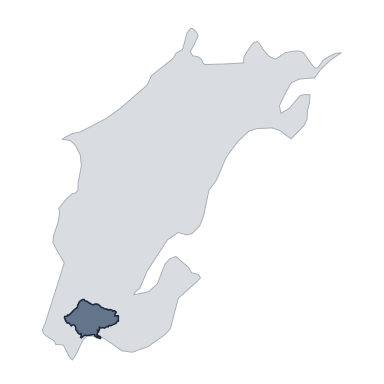 Liberia, Guanacaste, Costa Rica (highlighted), rotated 268°
{"feature_id": "36466004B57161008538161", "entity_name": "Liberia", "entity_type": "district", "adm_level": 2, "iso_a3": "CRI", "parent_name": "Costa Rica", "parent_adm1": "Guanacaste", "projection": "albers", "projection_center": [-85.52, 10.692], "detail": "fine", "context": "in_parent", "style": "filled", "palette": "slate", "viewbox_px": 384, "rotation_deg": 268, "n_neighbors": 0, "source": "geoboundaries", "source_scale": "gbopen_adm2", "svg_char_len": 6345}
<svg xmlns="http://www.w3.org/2000/svg" viewBox="0 0 384 384"><g transform="rotate(268 192 192)"><path d="M355.7,196.5L355.1,198.3L353.5,200.3L351.1,202.3L347.9,203.6L340.1,199.7L332.4,195.2L328.2,197.3L326.7,203.2L323.9,206.3L320.4,207.5L318.9,209.5L318.8,229.4L319.2,248.1L325.0,248.5L334.7,254.9L338.8,258.7L340.2,262.2L339.0,264.0L332.0,268.1L325.2,273.4L321.8,279.8L327.9,290.2L329.2,297.3L329.1,304.7L327.4,308.2L314.2,316.9L311.3,319.9L311.7,322.0L319.1,327.8L322.6,333.5L325.6,340.3L326.0,346.2L319.3,335.3L309.9,324.8L301.8,318.4L301.1,303.3L297.8,295.1L285.6,287.7L275.2,282.4L267.5,283.6L272.3,292.2L284.5,303.3L285.4,307.6L285.2,313.3L276.8,312.5L269.4,310.2L260.4,309.5L254.4,306.1L241.6,292.9L250.6,281.5L253.3,274.0L253.0,258.6L250.9,251.1L241.0,239.7L225.4,227.3L203.6,217.2L193.3,209.0L167.8,202.7L158.1,198.6L150.5,190.8L149.3,185.2L152.0,176.7L144.9,165.7L114.5,144.3L97.6,136.5L93.9,131.8L91.3,130.4L93.9,145.2L101.3,154.1L120.7,162.4L126.0,167.3L128.2,173.6L116.9,185.7L111.2,188.8L109.5,195.4L105.9,197.4L102.0,193.6L86.3,174.6L55.9,165.5L50.4,160.0L39.1,142.7L33.9,126.8L35.8,116.3L48.3,99.9L52.2,92.8L51.4,88.4L51.8,81.9L47.2,77.4L35.6,71.5L28.3,66.7L30.3,64.4L43.5,58.0L44.4,52.3L44.3,50.4L46.4,50.0L48.4,48.5L49.5,46.9L53.1,41.4L56.3,38.3L59.9,37.8L64.3,40.1L80.9,46.0L99.4,52.6L125.7,61.9L136.6,55.9L146.0,51.3L152.5,51.9L166.6,57.2L175.2,58.9L180.4,58.4L189.4,66.2L194.4,72.1L195.2,76.0L198.0,78.1L205.0,78.5L222.3,82.4L232.9,81.6L242.4,77.3L247.7,72.2L249.3,64.2L251.7,68.2L254.6,74.4L255.9,82.3L268.5,108.9L278.5,123.8L300.4,150.8L309.8,155.7L325.9,177.5L331.4,181.1L334.6,187.5L351.1,192.6L355.7,196.5Z" fill="#d9dde1" stroke="#a8b0b8" stroke-width="1"/><path d="M73.1,63.1L72.5,63.2L72.3,63.1L72.2,62.7L72.2,61.9L72.1,61.4L72.1,60.5L71.7,60.4L71.4,60.2L71.0,60.1L70.9,60.1L70.6,60.3L70.0,60.4L69.8,60.5L69.2,60.6L69.1,60.8L68.6,60.8L68.2,61.1L67.6,61.5L67.2,61.4L66.8,61.7L66.1,62.2L66.0,62.3L65.6,62.4L65.6,62.6L65.5,62.9L65.4,63.3L65.2,63.5L65.4,63.8L65.6,63.8L65.6,64.2L65.3,64.5L64.8,64.9L64.7,65.0L64.4,65.3L64.2,65.5L63.7,65.9L63.4,66.1L63.2,66.1L62.8,66.3L62.4,66.8L62.5,67.0L62.8,67.3L63.0,67.5L63.3,68.2L63.3,68.4L63.4,68.5L63.4,69.0L63.5,69.2L63.2,69.6L63.0,70.0L62.6,70.3L62.2,70.5L61.9,70.7L61.7,70.6L61.1,70.8L60.6,71.1L60.3,71.2L60.0,71.3L59.9,71.3L59.4,71.1L59.0,71.0L58.3,71.1L58.0,71.4L57.5,71.7L57.1,72.2L56.9,72.9L56.4,72.8L56.1,72.6L55.8,72.6L55.6,72.8L55.3,73.1L54.9,73.4L54.6,73.8L54.2,74.0L54.0,74.4L53.8,75.1L54.1,75.2L54.4,75.8L54.4,76.2L54.2,76.5L53.6,76.3L53.3,76.2L52.4,76.1L52.1,76.1L51.9,76.4L51.7,76.5L51.1,76.0L51.0,75.8L50.6,75.6L50.1,76.3L50.7,77.1L50.9,77.3L51.2,77.8L51.7,78.2L51.7,78.4L51.9,78.7L52.0,78.9L52.2,79.0L52.3,79.4L52.5,79.6L52.7,80.1L52.7,80.6L52.3,81.2L52.2,81.8L52.2,82.2L52.3,82.5L52.4,83.3L52.3,83.8L52.3,84.4L52.8,86.2L52.8,86.4L52.7,86.5L52.7,86.8L52.8,87.1L52.9,87.7L53.0,87.9L53.0,88.6L52.7,89.6L52.6,89.8L52.2,89.8L51.8,90.0L51.6,89.9L51.3,90.1L51.0,90.1L50.8,90.2L50.8,90.4L51.0,90.5L51.2,90.4L51.3,90.4L51.4,90.5L51.2,91.0L50.7,91.0L50.3,91.5L49.9,91.7L49.8,92.0L50.1,92.2L50.5,92.2L51.3,91.9L51.3,92.2L50.6,92.7L50.3,92.7L50.0,93.0L49.8,93.0L49.6,93.0L49.5,93.3L49.4,93.4L49.3,93.7L49.3,93.9L49.7,94.1L49.5,94.6L49.4,94.8L49.0,95.0L48.8,95.0L48.7,95.1L48.7,95.3L48.9,95.5L49.0,95.6L49.3,95.8L49.5,95.8L49.6,95.5L49.8,95.4L50.0,95.3L50.6,95.3L51.0,94.8L51.1,94.5L51.1,94.3L51.1,94.0L51.2,93.9L51.2,93.7L51.2,93.4L51.3,93.3L52.4,92.7L53.0,92.1L53.5,92.2L53.8,92.4L54.5,92.7L55.1,93.1L55.6,93.9L55.8,93.9L55.8,93.7L55.7,93.5L55.7,93.2L56.1,93.1L56.6,92.6L57.3,92.6L57.0,93.2L56.9,93.4L56.9,93.7L57.1,94.0L57.1,94.3L57.3,94.5L57.5,94.6L60.2,94.8L59.2,95.9L59.2,96.0L59.4,96.7L59.3,97.0L59.3,97.3L59.4,97.5L59.6,97.7L59.7,98.0L59.5,98.5L59.3,98.8L59.3,99.0L59.4,99.4L59.3,99.7L59.1,99.8L59.0,100.0L59.4,100.3L59.6,100.8L59.9,101.2L60.0,101.4L60.1,101.6L60.3,102.2L60.4,102.4L60.6,102.4L60.6,102.6L60.1,103.3L60.1,103.5L60.7,103.9L61.2,104.1L61.4,104.4L61.4,104.8L61.4,105.0L61.1,105.3L61.1,105.5L61.3,105.8L61.3,106.1L61.3,106.5L61.7,107.3L62.0,107.9L62.4,108.7L62.4,109.3L62.5,109.7L62.8,110.1L62.9,110.4L63.1,110.7L63.2,111.1L63.3,111.4L63.8,111.8L64.4,112.0L64.6,112.3L64.8,112.5L65.5,112.9L65.5,113.1L65.4,113.5L65.5,113.9L65.7,114.0L66.3,114.0L66.5,113.8L66.9,113.8L67.1,113.9L67.8,114.0L68.7,114.0L69.3,113.9L69.7,114.2L70.3,114.2L70.5,114.2L71.0,113.8L71.1,113.5L71.1,113.3L70.6,113.1L70.6,112.9L70.6,112.6L70.9,112.0L70.9,111.8L71.0,111.3L70.9,111.2L70.7,110.7L70.8,110.6L72.0,110.5L72.5,110.6L72.7,111.0L72.9,111.1L73.2,111.4L73.7,111.7L74.1,111.7L74.6,112.1L74.8,111.9L74.7,111.9L74.7,111.7L74.9,111.2L75.4,110.8L75.7,110.4L76.1,110.1L76.0,109.9L76.0,109.4L75.7,108.9L75.7,108.6L75.8,108.5L76.1,108.5L76.3,108.4L76.5,108.2L76.8,107.9L76.9,107.5L77.1,107.2L77.1,106.9L77.2,106.6L77.1,106.1L77.4,105.7L77.4,105.4L77.2,105.2L77.1,104.9L76.9,104.8L76.9,104.5L76.9,104.4L77.2,104.1L77.3,103.7L77.4,103.8L77.5,103.8L77.6,103.6L77.8,103.3L77.9,103.0L78.0,102.7L77.9,102.5L77.9,102.3L78.0,102.1L77.9,102.0L77.9,101.9L78.2,101.1L78.4,100.9L78.3,100.3L78.7,100.0L78.8,99.9L79.0,99.5L79.1,99.2L79.5,98.7L79.6,98.4L79.7,98.2L79.8,97.8L79.8,97.7L79.7,97.6L79.7,97.4L79.8,97.3L80.3,96.9L81.1,96.4L81.5,95.8L82.3,95.1L83.2,93.9L83.0,93.7L82.9,93.6L82.9,93.4L83.4,92.6L83.5,92.3L83.4,92.1L83.5,91.8L83.4,91.6L83.4,91.4L83.2,91.2L83.3,90.8L83.2,90.4L83.1,90.2L82.9,90.1L82.8,89.7L82.7,89.5L82.7,89.2L83.0,88.5L83.0,88.2L83.3,87.6L83.5,87.3L84.0,86.7L84.4,86.4L84.4,86.1L84.3,85.9L84.5,85.6L84.4,85.4L84.8,85.2L85.2,84.9L85.7,84.2L86.0,83.8L86.3,83.4L86.3,83.2L86.6,83.0L86.5,82.6L86.7,82.2L86.7,81.8L86.8,81.6L87.0,81.1L87.6,80.9L88.2,80.5L88.4,80.3L88.3,80.1L88.2,79.9L88.3,79.6L88.5,79.2L88.3,78.8L88.1,78.6L88.0,78.4L87.8,78.2L87.7,77.8L87.5,77.6L87.5,77.2L87.3,77.0L87.2,76.7L87.0,76.4L86.3,76.0L86.1,75.9L85.9,75.6L85.9,75.4L85.5,75.4L85.4,75.2L85.0,74.9L84.8,74.8L84.5,74.8L84.3,74.7L83.7,74.3L83.5,74.1L83.2,74.0L82.9,73.7L82.2,73.8L81.9,73.7L81.2,73.7L80.9,73.5L80.5,73.1L80.4,72.9L80.2,73.0L80.0,72.8L79.8,72.3L79.8,72.2L78.8,70.6L78.6,70.4L78.5,70.1L77.7,69.6L77.4,69.4L77.3,68.9L77.0,68.5L76.9,68.5L76.6,68.5L76.3,68.2L76.1,68.0L76.0,67.8L75.9,67.4L75.7,67.4L75.0,66.7L74.7,66.7L74.4,66.3L74.4,66.0L74.3,65.7L73.3,64.9L73.2,64.7L73.3,64.5L73.3,64.2L73.5,64.0L73.5,63.7L73.3,63.2L73.1,63.1Z" fill="#64748b" stroke="#1e293b" stroke-width="1.5"/></g></svg>